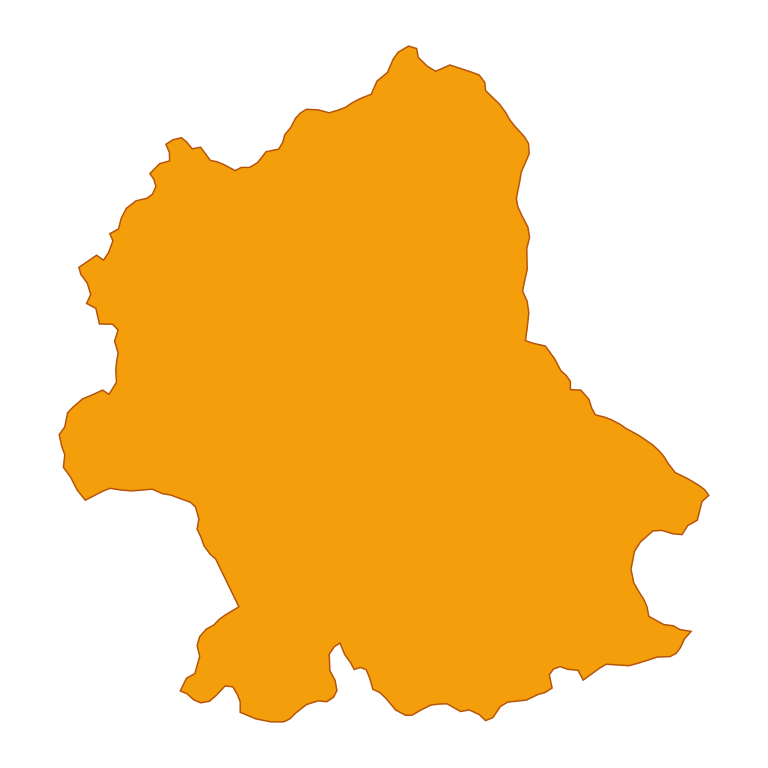 the district of São João da Boa Vista, São Paulo, Brazil
{"feature_id": "56859067B11847187620015", "entity_name": "São João da Boa Vista", "entity_type": "district", "adm_level": 2, "iso_a3": "BRA", "parent_name": "Brazil", "parent_adm1": "São Paulo", "projection": "natural_earth1", "projection_center": [-46.804, -21.966], "detail": "fine", "context": "isolated", "style": "filled", "palette": "amber", "viewbox_px": 768, "rotation_deg": 0, "n_neighbors": 0, "source": "geoboundaries", "source_scale": "gbopen_adm2", "svg_char_len": 3153}
<svg xmlns="http://www.w3.org/2000/svg" viewBox="0 0 768 768"><path d="M708.8,495.4L704.6,489.6L698.4,485.1L687.2,478.4L675.2,472.6L668.5,463.9L663.7,456.2L659.1,450.9L652.6,444.9L639.1,435.6L625.6,428.2L620.1,424.3L610.6,419.4L603.7,416.9L595.4,414.9L591.8,408.3L588.9,399.3L580.8,390.1L570.4,389.6L570.4,381.4L566.3,375.6L560.8,370.6L554.6,358.8L545.4,346.1L532.7,343.2L525.4,340.6L527.2,328.2L528.8,312.9L527.2,301.4L522.6,291.1L525.0,279.2L527.2,269.7L527.0,259.2L526.8,248.3L529.6,237.4L527.9,227.1L521.5,214.9L517.7,206.5L516.4,198.3L519.9,180.5L521.2,172.3L529.2,153.8L528.5,143.5L524.4,136.7L515.0,126.5L509.5,119.5L505.7,112.5L499.5,104.1L491.5,96.4L485.6,90.6L484.8,82.4L479.2,75.0L471.4,72.1L461.0,68.7L449.9,65.0L435.6,71.3L427.4,66.3L418.3,57.5L416.6,48.5L408.6,46.1L398.2,52.2L393.3,58.9L387.5,72.4L377.0,81.1L371.2,94.3L360.4,98.5L352.4,102.7L345.1,107.5L338.2,110.1L329.2,112.8L318.4,109.9L306.3,109.3L300.1,113.3L295.3,118.6L290.8,127.4L284.7,134.8L282.8,142.2L278.7,149.1L266.1,151.7L257.7,162.5L249.7,167.4L241.2,167.4L235.3,170.7L223.5,164.4L216.8,161.7L210.3,160.4L205.7,154.1L200.6,147.2L192.2,148.8L186.8,142.2L181.5,137.7L172.9,139.8L165.9,144.3L169.4,152.5L169.6,160.9L159.7,163.6L149.9,173.6L153.8,179.3L155.9,186.4L152.5,194.1L146.8,198.3L136.2,200.7L126.4,208.3L121.3,218.1L118.5,228.9L109.8,233.7L112.9,240.8L108.5,252.7L103.5,260.2L96.6,255.2L85.9,262.6L78.9,267.3L80.9,274.5L87.3,283.2L90.7,294.4L86.6,303.5L95.9,308.4L99.4,324.0L112.5,324.2L118.1,330.0L114.6,341.1L118.1,353.0L116.5,362.1L115.8,370.6L116.5,382.2L109.0,394.3L102.6,390.1L92.4,394.8L82.7,398.8L73.0,407.1L67.6,412.8L64.8,426.9L59.2,434.6L61.7,446.2L64.8,454.6L63.4,467.3L70.6,477.2L77.2,490.1L85.3,500.2L103.3,490.9L110.1,488.3L119.9,489.9L131.3,490.9L141.7,490.1L152.1,489.1L162.8,493.8L170.1,494.9L190.5,502.3L195.5,507.0L198.9,518.9L197.1,529.2L200.9,537.0L204.1,546.0L210.1,554.2L215.6,558.9L238.9,606.8L225.2,615.0L219.0,619.5L213.9,625.0L206.4,629.0L199.7,636.6L197.1,645.6L199.7,656.2L194.8,673.7L186.5,678.2L180.3,690.9L187.1,693.8L193.8,699.9L200.7,702.8L209.3,701.3L216.2,695.4L225.2,685.9L232.9,686.9L237.4,694.6L240.2,701.7L240.2,712.3L256.0,718.9L270.6,721.8L277.2,721.9L283.8,721.8L289.8,718.9L296.0,712.8L306.4,704.6L318.1,700.9L326.8,701.7L333.6,697.2L336.9,690.6L335.1,680.3L329.9,670.8L329.2,654.2L334.3,646.7L340.0,643.1L344.8,654.7L350.4,662.4L354.2,669.5L360.4,667.4L366.3,669.8L369.8,678.5L372.9,689.3L379.8,692.5L386.4,698.8L395.5,709.9L405.5,715.3L412.1,715.2L421.1,709.9L431.1,705.0L438.4,704.1L447.1,703.8L460.6,711.5L469.2,709.9L479.2,714.5L485.5,720.6L492.8,717.7L500.4,706.5L507.7,702.1L516.1,701.2L526.3,700.1L537.8,694.6L545.1,692.5L552.1,688.0L549.3,674.8L553.5,669.0L560.1,666.6L567.6,669.3L578.0,670.3L583.2,680.1L599.5,668.2L606.1,664.2L628.9,665.7L639.7,662.8L657.4,657.0L670.1,656.6L676.1,653.4L680.5,647.5L684.4,639.0L691.1,631.4L679.6,629.5L673.4,625.8L663.6,624.5L648.8,616.3L647.0,606.8L643.8,599.4L638.7,591.4L633.8,582.9L631.0,569.2L634.5,551.3L640.4,542.0L652.9,530.9L661.9,530.4L673.0,533.8L682.0,534.6L687.8,525.5L697.3,520.2L702.0,501.5L708.8,495.4Z" fill="#f59e0b" stroke="#b45309" stroke-width="1.5"/></svg>